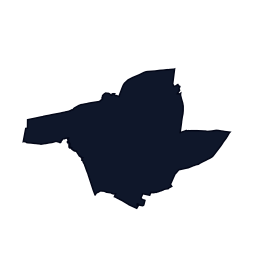 Faurei, Neamt, Romania, rotated 308°
{"feature_id": "2599482B17296269865935", "entity_name": "Faurei", "entity_type": "district", "adm_level": 2, "iso_a3": "ROU", "parent_name": "Romania", "parent_adm1": "Neamt", "projection": "natural_earth1", "projection_center": [26.714, 46.923], "detail": "fine", "context": "isolated", "style": "filled", "palette": "ink", "viewbox_px": 256, "rotation_deg": 308, "n_neighbors": 0, "source": "geoboundaries", "source_scale": "gbopen_adm2", "svg_char_len": 5273}
<svg xmlns="http://www.w3.org/2000/svg" viewBox="0 0 256 256"><g transform="rotate(308 128 128)"><path d="M108.9,198.4L109.8,196.1L110.1,196.0L112.8,195.4L113.8,195.1L115.1,194.8L115.7,194.6L120.7,193.4L122.4,193.6L126.3,193.7L127.1,194.4L131.7,198.2L132.8,199.1L133.4,199.7L133.6,199.5L134.5,200.4L138.8,202.8L139.5,203.4L140.7,204.0L141.5,204.7L142.8,205.8L144.5,206.3L147.6,207.7L150.8,209.3L152.1,209.8L154.4,211.0L156.7,211.9L158.3,212.2L160.1,212.2L170.8,212.1L173.9,211.9L174.6,211.8L175.3,211.7L180.4,211.6L181.8,211.4L182.5,211.4L185.0,211.0L186.6,210.8L187.5,210.9L184.7,206.3L183.9,204.7L183.3,203.8L181.7,200.8L180.8,199.4L180.0,198.5L177.4,196.1L175.1,193.7L174.3,192.8L173.6,191.8L173.5,191.3L168.7,184.5L165.0,179.7L163.8,178.3L163.1,177.3L162.2,176.4L161.9,175.7L161.9,175.4L161.6,175.3L156.8,172.2L156.5,171.9L164.9,167.0L166.3,166.1L170.0,164.0L173.0,162.5L175.6,160.8L178.3,158.7L179.3,157.9L181.4,155.6L183.9,152.1L186.1,149.3L187.1,148.5L187.8,148.1L186.8,147.8L186.5,147.5L185.4,145.8L187.6,145.5L188.1,145.6L188.9,145.5L189.6,145.4L189.9,144.7L190.4,144.0L190.7,143.8L191.4,143.8L192.2,143.3L192.5,143.4L192.7,143.1L192.6,142.7L192.2,142.0L192.9,140.7L192.5,140.5L192.5,140.2L191.3,140.1L190.7,139.8L190.0,139.3L189.4,139.0L189.1,138.7L189.5,137.5L190.0,136.7L190.2,136.1L190.4,135.9L190.9,135.7L203.1,128.4L202.9,128.3L202.8,128.2L199.5,124.6L198.9,124.1L198.5,123.5L197.9,122.8L195.3,120.2L193.0,117.6L189.5,114.2L184.3,108.4L183.4,107.6L182.7,107.1L181.4,106.3L177.0,104.2L170.6,100.6L168.0,99.4L166.9,98.9L166.3,98.6L165.6,98.4L161.1,97.7L160.6,97.7L159.6,97.9L158.9,97.9L156.0,98.7L147.1,101.5L146.7,99.8L146.3,98.7L145.6,98.1L145.9,96.4L146.4,96.6L146.8,96.5L146.4,95.8L145.8,95.2L145.3,94.6L144.6,94.6L144.1,95.1L143.6,95.0L143.3,94.4L143.3,94.0L143.5,93.3L143.5,92.4L143.4,91.7L143.1,90.9L142.4,90.0L141.8,88.9L140.5,88.4L139.8,88.3L139.2,88.1L138.8,88.1L138.7,88.2L137.9,88.1L137.8,88.3L137.2,88.4L137.1,88.7L136.7,88.9L136.3,89.0L135.6,89.0L135.6,89.6L135.1,90.0L134.7,90.1L133.1,89.5L132.5,89.4L131.3,89.2L125.4,83.6L123.4,81.8L121.7,80.5L120.0,78.9L119.1,78.2L118.0,77.2L117.6,76.7L117.2,76.5L115.4,75.4L110.8,73.5L109.9,73.3L108.6,73.3L108.1,73.1L107.5,72.4L106.6,72.1L105.9,71.7L104.7,71.0L103.6,70.1L102.1,68.8L101.7,68.6L99.8,66.9L98.0,65.5L91.5,59.7L89.5,58.1L87.2,56.0L85.1,54.2L84.6,54.0L83.0,52.5L79.5,49.6L73.4,44.4L72.7,43.8L66.0,48.9L64.7,47.7L52.9,53.8L53.1,53.9L53.0,54.1L53.5,54.7L53.6,55.0L54.0,55.4L54.2,55.6L54.3,55.8L54.1,56.1L54.1,57.0L54.8,58.3L55.2,58.9L55.6,59.3L55.7,59.7L55.9,59.9L56.5,60.8L58.5,64.1L58.9,64.6L60.1,66.6L60.3,66.9L61.2,68.3L61.5,69.1L62.1,69.8L64.1,71.6L65.1,72.7L67.8,75.0L69.8,77.0L70.7,77.7L71.2,78.0L71.4,78.1L71.7,78.3L71.9,78.6L72.8,79.0L73.1,79.6L73.7,80.4L74.0,81.4L74.3,81.8L74.4,82.2L74.4,82.5L74.4,82.9L74.7,83.2L74.8,83.6L75.1,83.7L75.5,83.8L76.0,83.7L76.7,83.2L77.5,83.4L77.8,83.5L78.5,83.3L79.0,83.3L79.3,83.4L80.0,84.0L80.6,84.7L81.4,85.0L81.6,85.2L83.6,87.3L83.2,87.6L82.9,87.3L82.6,87.1L82.2,87.2L82.1,87.3L82.4,87.8L82.2,87.9L81.8,88.0L81.3,88.9L81.3,89.1L81.0,89.3L80.8,89.3L80.7,89.1L80.8,88.9L80.7,88.8L80.4,88.9L80.3,88.6L80.2,88.6L79.9,88.7L79.9,88.9L80.1,89.1L79.6,89.2L79.7,89.4L79.7,89.6L79.3,89.7L79.2,89.9L79.3,90.0L79.5,90.1L79.9,90.1L80.0,90.2L79.9,90.5L79.5,90.5L79.6,90.8L79.9,90.9L80.2,90.7L80.1,91.1L79.6,91.2L79.6,91.4L80.0,91.5L79.9,91.7L79.7,91.7L79.7,91.9L79.5,92.0L79.2,91.9L79.3,92.1L79.5,92.2L79.4,92.3L78.7,92.6L78.3,92.3L78.1,92.3L78.0,92.5L77.9,93.2L77.6,93.2L77.3,92.8L77.1,92.9L76.7,93.2L76.7,93.4L76.9,93.2L76.9,93.5L76.6,93.5L76.4,94.0L76.5,94.3L76.5,94.5L77.3,94.6L77.5,95.0L77.3,95.2L77.1,95.2L77.1,95.4L77.7,95.6L77.7,95.8L77.3,95.7L77.0,95.8L76.9,96.4L76.8,96.7L76.8,99.1L77.1,100.1L77.4,100.1L77.4,100.3L77.3,100.6L77.6,100.7L77.7,100.8L77.8,101.0L77.7,101.2L77.8,101.5L77.8,101.8L76.8,104.6L76.7,105.1L76.0,106.8L76.1,107.8L76.3,108.0L76.1,108.2L76.0,108.4L76.2,108.9L76.2,109.2L76.3,109.9L76.6,110.6L75.2,110.5L75.2,111.1L74.7,111.3L74.2,111.5L74.5,112.8L74.1,113.0L73.4,114.0L72.8,115.6L72.5,116.2L72.4,116.5L71.9,117.0L71.1,118.4L68.9,121.8L67.1,125.0L66.9,125.1L57.7,138.8L54.7,143.7L55.1,143.4L56.4,143.1L56.9,143.1L57.9,143.2L58.2,143.6L58.9,143.9L59.2,144.1L61.2,144.8L61.8,145.4L62.5,146.6L63.2,147.5L64.1,149.7L64.0,149.8L64.0,150.1L64.0,150.3L66.4,154.4L66.6,155.9L66.8,156.2L66.8,156.4L67.3,157.4L67.8,157.9L68.2,158.4L68.2,158.6L68.4,158.8L65.5,159.6L65.8,160.4L65.9,160.8L66.2,162.9L66.6,164.7L66.6,165.0L66.7,165.6L67.2,167.9L67.3,168.7L68.1,175.2L68.1,175.9L70.1,184.3L73.3,183.9L72.9,182.5L73.8,181.9L74.1,181.9L74.2,182.0L74.3,182.9L74.5,183.4L74.3,184.0L74.3,184.4L74.4,184.7L74.5,185.0L75.6,187.1L75.8,187.4L76.4,187.7L77.0,187.8L77.5,187.6L81.4,185.9L81.3,185.4L80.7,184.2L80.7,183.7L80.5,183.0L80.6,181.3L85.3,180.1L88.4,186.5L91.2,185.6L91.7,186.1L91.7,186.3L91.7,186.6L92.1,186.7L92.3,187.0L92.3,187.3L92.8,187.6L92.8,188.0L93.1,188.1L93.2,188.3L93.3,188.5L93.9,188.8L94.1,189.1L94.3,189.4L94.6,189.7L94.7,189.9L94.9,190.0L95.1,190.1L95.8,190.6L96.2,190.7L96.3,191.0L98.6,192.4L99.3,193.0L99.9,193.2L100.9,193.9L101.2,193.9L101.5,194.0L103.1,195.2L104.9,197.0L105.1,197.1L105.5,197.1L105.8,196.9L107.3,197.7L107.9,197.9L108.2,198.1L108.4,198.1L108.9,198.4Z" fill="#0f172a" stroke="#020617" stroke-width="1.5"/></g></svg>